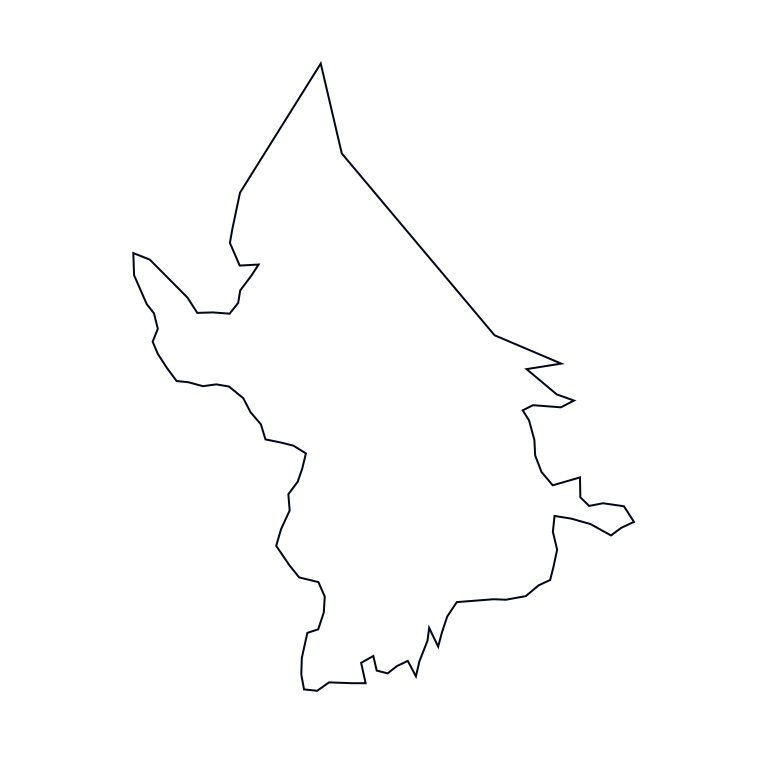 Guaramiranga, Ceará, Brazil (Robinson projection), rotated 186°
{"feature_id": "56859067B5933904646135", "entity_name": "Guaramiranga", "entity_type": "district", "adm_level": 2, "iso_a3": "BRA", "parent_name": "Brazil", "parent_adm1": "Ceará", "projection": "robinson", "projection_center": [-38.956, -4.252], "detail": "fine", "context": "isolated", "style": "outline", "palette": "ink", "viewbox_px": 768, "rotation_deg": 186, "n_neighbors": 0, "source": "geoboundaries", "source_scale": "gbopen_adm2", "svg_char_len": 1417}
<svg xmlns="http://www.w3.org/2000/svg" viewBox="0 0 768 768"><g transform="rotate(186 384 384)"><path d="M647.0,488.0L643.9,466.0L636.1,452.3L628.3,438.6L620.2,430.3L614.7,415.3L618.5,401.9L612.1,390.3L601.5,377.2L590.6,365.3L578.7,365.3L563.8,362.9L550.8,366.1L538.0,365.3L522.4,355.1L513.8,342.0L502.2,331.0L496.1,316.5L481.1,315.1L467.6,313.2L454.4,306.8L456.5,291.2L459.6,277.8L467.6,264.4L464.6,248.3L471.2,228.9L474.3,211.8L459.1,193.8L448.2,182.8L428.5,180.1L420.7,166.4L420.0,150.5L423.8,133.1L434.2,128.5L437.1,103.0L435.9,86.4L431.6,71.9L418.4,71.9L407.5,81.5L384.5,83.1L371.0,84.5L377.6,104.3L366.2,112.4L361.3,98.2L350.1,96.6L341.6,104.9L331.4,111.1L321.7,96.6L319.8,111.9L313.9,133.3L313.6,146.2L302.7,128.5L300.4,143.0L296.8,159.4L288.8,174.7L252.5,181.4L240.2,182.2L220.8,187.9L209.2,199.9L198.3,206.4L196.4,219.3L194.5,237.3L200.6,254.7L200.6,270.6L183.8,269.7L164.1,266.3L142.4,257.1L133.1,265.7L121.0,273.0L132.6,287.5L153.7,288.3L167.2,284.2L176.9,291.8L179.3,311.6L205.6,300.9L218.2,313.0L226.2,328.8L228.6,344.1L235.9,362.9L243.3,372.3L233.6,378.5L205.6,379.3L193.3,387.4L211.1,391.7L243.8,413.7L209.9,422.8L279.1,444.0L389.2,550.1L450.1,608.9L480.4,696.1L539.9,574.2L547.2,559.2L551.0,522.7L552.0,508.2L539.9,486.7L521.2,489.7L527.3,477.8L536.8,462.0L537.5,449.4L544.9,437.8L561.7,437.3L577.1,435.2L588.5,449.4L629.9,483.2L647.0,488.0Z" fill="none" stroke="#020617" stroke-width="2"/></g></svg>